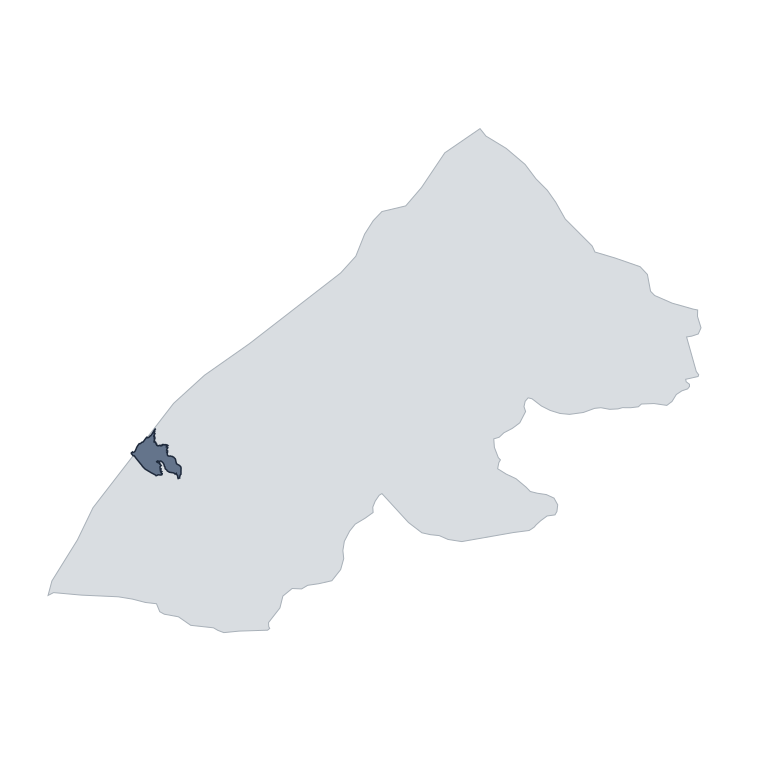 Dugbe River, Sinoe, Liberia (highlighted), rotated 96°
{"feature_id": "62588387B59492535947478", "entity_name": "Dugbe River", "entity_type": "district", "adm_level": 2, "iso_a3": "LBR", "parent_name": "Liberia", "parent_adm1": "Sinoe", "projection": "natural_earth1", "projection_center": [-8.749, 4.981], "detail": "fine", "context": "in_parent", "style": "filled", "palette": "slate", "viewbox_px": 768, "rotation_deg": 96, "n_neighbors": 0, "source": "geoboundaries", "source_scale": "gbopen_adm2", "svg_char_len": 6598}
<svg xmlns="http://www.w3.org/2000/svg" viewBox="0 0 768 768"><g transform="rotate(96 384 384)"><path d="M120.0,315.2L126.8,308.5L136.9,287.1L150.9,266.6L164.0,254.4L174.3,241.8L185.3,232.2L201.0,221.0L225.0,191.4L230.7,188.0L234.5,167.6L240.6,141.5L247.5,133.5L263.9,128.6L267.7,124.1L273.5,105.8L277.2,84.4L277.6,79.8L284.0,79.3L295.0,74.6L301.4,76.7L304.2,82.9L305.6,88.0L339.0,74.7L341.9,72.0L343.7,72.4L347.8,84.5L350.2,83.7L352.3,80.2L354.5,79.9L357.1,81.5L359.7,87.1L363.9,92.2L371.2,95.7L375.7,100.5L375.2,113.4L377.0,125.9L380.1,128.7L381.8,136.2L382.6,144.4L384.3,148.7L385.6,156.9L384.9,165.8L386.2,172.0L391.5,182.8L394.8,196.3L394.9,205.9L392.9,216.0L389.4,225.2L383.2,235.3L382.7,239.2L386.4,241.8L391.9,242.4L396.6,240.3L408.4,244.9L414.6,251.6L420.0,259.7L424.9,263.9L427.1,269.1L435.5,267.6L445.3,262.6L447.3,260.3L450.2,261.6L456.4,262.1L460.8,253.1L464.4,242.8L471.9,231.7L475.6,227.3L476.6,220.2L477.0,211.0L479.7,203.0L486.0,198.6L492.7,198.7L496.3,200.3L498.2,208.0L503.6,213.9L508.2,218.0L510.7,219.7L514.5,224.3L518.2,239.8L532.6,290.2L531.9,304.1L529.0,313.2L529.0,322.1L528.0,330.8L519.2,345.2L493.2,374.6L495.2,377.2L501.4,380.5L507.7,382.3L512.9,381.4L519.4,388.7L526.4,398.0L533.9,402.8L544.6,407.0L553.9,407.5L561.9,405.8L573.1,407.7L585.1,415.3L589.4,427.9L592.2,438.9L596.4,444.5L597.0,454.0L605.5,462.4L617.6,464.1L633.3,473.9L637.3,473.3L639.0,472.1L641.0,474.0L644.9,502.3L648.0,517.3L646.4,523.4L644.3,528.1L644.2,551.0L637.0,564.1L635.9,578.5L633.9,583.2L626.3,587.3L626.2,598.4L624.2,611.8L623.4,626.0L625.6,663.1L626.0,690.8L629.4,696.0L614.6,693.7L571.1,672.6L537.5,660.5L425.2,591.2L394.0,563.4L358.0,522.1L278.1,438.7L259.9,425.4L236.9,418.9L222.7,411.8L212.7,404.1L204.6,381.0L184.6,367.2L147.7,347.7L120.0,315.2Z" fill="#d9dde1" stroke="#a8b0b8" stroke-width="1"/><path d="M497.6,595.6L497.2,595.6L496.8,595.8L496.7,595.2L496.4,595.2L496.5,595.6L496.4,595.8L495.9,595.9L495.2,596.2L494.8,597.0L494.7,597.1L494.4,596.9L494.3,596.5L494.3,596.2L494.2,596.0L493.9,596.5L493.6,596.7L493.2,597.0L493.1,597.5L492.5,597.6L492.2,597.2L492.0,596.8L491.7,596.8L491.7,597.3L491.4,597.8L490.5,598.0L489.7,598.1L489.0,597.5L488.4,597.3L488.2,597.1L487.9,597.5L487.5,598.0L487.3,598.5L487.1,598.7L486.7,598.6L486.2,598.5L485.7,599.0L485.9,599.2L486.2,599.3L486.0,600.2L485.6,601.1L485.3,601.7L485.3,601.8L485.0,602.0L484.5,601.5L484.1,601.0L484.3,600.3L484.4,600.0L484.5,599.5L484.2,598.8L483.9,597.9L484.4,597.0L485.0,596.1L486.0,595.1L486.8,594.6L487.1,594.3L488.3,594.0L489.0,593.7L489.3,593.2L490.5,592.9L491.2,592.7L491.8,591.7L492.3,591.0L493.1,590.5L493.8,589.0L494.2,588.2L494.2,587.6L494.3,586.8L494.2,586.3L494.4,585.7L494.3,584.9L494.3,584.4L494.6,583.5L495.0,582.8L495.5,582.3L495.1,581.9L494.6,581.2L495.3,581.0L496.2,580.3L496.6,579.7L498.0,579.5L499.0,579.1L499.6,578.9L499.6,578.7L499.0,578.0L498.9,577.4L498.2,577.5L497.7,577.6L497.3,577.4L496.9,577.3L495.8,577.2L495.0,576.5L493.9,576.6L492.6,576.7L492.4,576.8L491.5,576.8L490.8,576.9L489.1,577.0L487.8,577.3L487.7,577.4L487.0,578.1L486.4,578.8L486.0,579.7L485.7,580.5L485.5,581.0L485.2,581.5L485.0,582.0L484.5,582.2L482.4,583.0L480.7,583.5L480.2,583.8L479.5,584.7L478.7,585.6L478.5,586.4L478.1,587.1L478.2,587.6L478.1,588.3L477.9,589.0L478.1,589.7L478.3,590.2L478.1,590.7L477.9,591.3L477.8,591.7L477.4,591.9L477.0,592.0L476.6,592.1L476.2,592.3L475.7,592.3L475.3,592.3L474.9,592.2L474.8,592.8L474.5,593.0L474.3,592.6L473.8,592.5L473.7,592.2L473.4,592.1L473.2,592.1L473.0,592.5L472.7,592.8L472.5,593.1L472.5,593.3L472.4,593.3L472.3,593.2L472.2,593.2L471.9,593.2L471.7,593.2L471.4,593.2L471.2,593.1L471.1,592.9L470.9,592.8L470.6,592.6L470.3,592.5L470.1,592.4L469.8,592.4L469.7,592.4L469.7,592.5L469.9,592.6L469.9,592.9L469.8,593.0L469.7,592.9L469.7,592.7L469.4,592.7L469.4,592.9L469.2,593.0L469.1,593.3L469.2,593.7L469.2,593.9L468.8,593.8L468.5,593.8L468.3,593.7L468.2,593.4L467.9,593.4L467.8,593.2L467.6,592.7L467.4,593.0L467.5,593.2L467.4,593.4L467.3,593.7L467.3,593.9L467.3,594.0L467.2,594.2L467.1,594.4L467.1,594.6L467.1,594.9L467.2,595.0L467.4,595.0L467.5,595.1L467.5,595.4L467.4,595.6L467.5,595.8L467.4,596.1L467.4,596.5L467.2,596.6L467.2,596.8L467.3,597.1L467.4,597.3L467.5,597.2L467.6,597.3L467.4,597.5L467.3,597.8L467.4,598.1L467.5,598.2L467.7,597.9L467.9,598.0L468.0,598.1L468.4,598.2L468.5,598.3L468.6,598.7L468.7,598.8L468.8,598.9L468.8,599.0L468.7,599.0L468.6,599.3L468.8,599.4L468.8,599.5L468.9,599.8L468.8,600.0L468.7,600.0L468.6,600.3L468.5,600.2L468.4,600.2L468.3,600.3L468.3,600.5L468.5,600.7L468.6,601.0L468.8,601.3L468.9,601.5L468.9,601.8L468.9,602.1L469.1,602.1L469.2,602.3L469.1,602.5L468.8,603.0L468.8,603.3L468.8,603.5L468.6,603.7L468.3,603.8L468.3,603.7L468.2,603.6L467.7,603.9L467.5,604.0L467.4,604.0L467.4,604.5L467.2,604.6L466.7,604.7L466.5,604.8L466.4,604.8L466.1,605.0L465.9,604.9L465.8,605.0L465.7,605.1L465.5,605.5L465.4,605.8L465.4,606.1L465.5,606.3L465.8,606.5L465.7,606.6L465.4,606.5L465.2,606.5L464.9,606.7L464.5,606.6L464.3,606.6L464.1,606.5L463.8,606.3L463.6,606.4L463.5,606.5L463.4,606.5L462.9,606.6L462.9,606.4L462.7,606.3L462.6,606.5L462.4,606.6L462.2,606.7L462.1,606.4L461.9,606.3L461.7,606.3L461.6,606.2L461.4,606.4L461.2,606.5L461.0,606.9L460.6,607.2L460.5,606.9L460.4,607.0L460.1,607.3L459.9,607.2L459.7,606.9L459.6,607.0L459.5,607.3L459.4,607.4L459.1,607.2L458.7,607.2L458.4,607.1L457.9,607.0L457.7,606.9L457.5,606.6L457.4,606.6L457.2,606.6L457.1,606.8L457.1,607.1L457.1,607.3L457.0,607.5L456.9,607.7L456.7,607.9L456.5,608.1L456.1,608.1L455.7,608.1L455.5,607.8L455.7,607.6L455.8,607.5L455.7,607.2L455.3,607.0L455.1,607.2L454.9,607.5L454.7,607.5L454.4,607.5L454.0,607.2L453.7,607.0L453.2,606.9L452.9,606.7L452.7,606.9L453.2,607.2L454.3,607.8L457.4,609.2L458.7,609.9L459.9,610.6L459.9,611.0L460.1,611.2L461.0,611.7L461.6,612.3L462.0,613.0L462.2,613.9L461.7,614.1L461.7,614.4L462.6,615.0L463.9,615.8L466.5,617.3L467.1,617.9L467.1,618.4L467.4,618.9L468.4,619.7L468.9,620.3L468.9,620.8L468.9,621.2L470.9,622.4L472.4,623.1L472.8,623.3L474.7,623.8L476.4,624.4L477.3,624.8L477.5,625.1L477.7,625.3L478.0,625.8L478.3,626.7L477.9,627.1L478.4,627.4L478.7,628.0L479.7,628.0L480.0,627.6L480.6,627.0L481.2,626.4L481.6,625.9L481.6,625.4L481.6,624.7L483.1,623.5L483.7,622.9L484.8,621.8L485.8,620.8L487.3,619.3L488.7,617.9L489.9,616.6L490.2,616.4L491.5,615.3L492.0,614.5L493.0,613.5L493.3,613.1L493.4,612.9L493.9,612.1L494.3,611.1L494.7,610.3L495.2,609.3L495.8,607.9L496.7,606.1L496.9,605.5L497.2,604.7L498.4,601.8L498.8,601.3L499.0,601.2L498.9,600.6L498.3,599.7L497.9,599.1L497.9,598.1L497.9,596.7L497.6,595.6Z" fill="#64748b" stroke="#1e293b" stroke-width="1.5"/></g></svg>